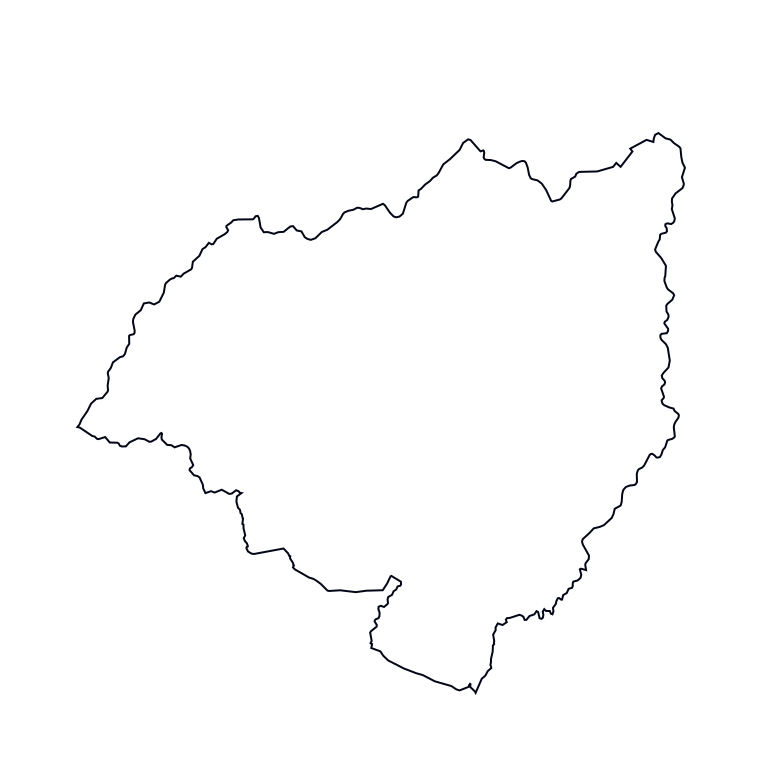 the district of Mueang Lamphun, Lamphun, Thailand, rotated 189°
{"feature_id": "78962969B31473304215935", "entity_name": "Mueang Lamphun", "entity_type": "district", "adm_level": 2, "iso_a3": "THA", "parent_name": "Thailand", "parent_adm1": "Lamphun", "projection": "natural_earth1", "projection_center": [99.055, 18.551], "detail": "fine", "context": "isolated", "style": "outline", "palette": "ink", "viewbox_px": 768, "rotation_deg": 189, "n_neighbors": 0, "source": "geoboundaries", "source_scale": "gbopen_adm2", "svg_char_len": 6139}
<svg xmlns="http://www.w3.org/2000/svg" viewBox="0 0 768 768"><g transform="rotate(189 384 384)"><path d="M356.7,125.8L355.1,125.3L355.2,121.2L345.8,119.4L342.2,115.5L336.6,111.6L320.1,106.2L307.0,103.4L300.3,102.6L287.3,98.3L270.2,96.2L264.8,93.7L261.4,93.2L253.4,97.9L252.7,98.6L253.0,99.4L252.1,101.3L251.6,101.0L251.5,98.3L246.3,94.7L245.2,93.3L241.3,108.3L238.4,111.6L236.5,116.8L233.6,120.2L235.0,123.6L234.8,125.7L235.3,129.2L234.8,136.5L235.5,142.8L234.5,144.3L235.0,145.5L234.9,147.2L237.0,153.6L235.2,158.4L235.7,161.0L234.2,165.3L229.2,164.5L225.5,168.0L226.8,170.2L226.0,171.9L222.8,172.8L214.2,177.2L211.3,176.7L209.7,175.6L208.2,173.0L206.5,173.3L204.0,177.6L199.5,180.0L197.8,183.5L196.1,182.9L193.7,177.0L191.7,176.7L190.7,177.7L190.5,178.8L190.5,181.1L191.6,183.9L190.5,186.7L188.6,185.2L184.7,185.7L183.3,183.3L181.6,182.9L181.1,186.1L182.1,189.3L179.9,193.6L179.8,196.4L178.8,199.6L177.6,200.0L175.3,198.7L174.4,198.9L174.0,203.6L170.8,206.1L169.6,210.6L166.4,212.1L166.0,213.9L166.4,217.1L166.0,218.5L162.1,220.2L159.6,223.2L159.3,226.5L161.6,231.6L160.6,232.4L155.3,231.8L156.9,236.7L156.9,238.5L154.4,243.0L154.7,246.6L162.5,256.5L163.8,259.4L163.4,261.9L157.8,268.9L154.3,274.2L148.4,276.7L144.7,279.0L138.1,287.4L137.0,291.3L136.6,296.8L131.5,300.8L131.1,301.8L130.8,304.9L131.5,312.5L131.1,316.8L129.0,320.1L125.8,322.0L120.7,323.5L119.5,324.8L118.8,326.9L120.3,334.9L119.8,338.3L119.0,339.7L115.8,342.0L114.3,344.2L110.5,355.5L109.6,356.6L108.2,357.0L105.7,355.9L103.6,354.2L102.5,354.0L100.1,355.0L99.0,357.6L98.3,362.3L96.4,365.5L95.4,372.1L94.9,373.0L90.6,375.0L88.9,376.7L88.6,377.9L91.0,386.5L91.0,389.2L90.2,392.2L87.9,396.8L87.9,399.4L88.7,400.5L92.9,402.9L94.1,405.0L98.7,405.5L103.9,406.9L105.7,408.0L106.9,410.1L107.2,411.4L105.6,413.8L105.5,415.3L109.6,423.0L109.0,425.2L107.0,427.4L106.6,429.6L107.4,431.2L109.9,433.1L111.0,435.8L109.7,438.7L105.6,444.8L105.4,451.9L109.4,464.2L111.7,467.4L116.7,470.9L118.1,472.8L118.6,474.8L118.5,475.9L117.6,477.0L112.7,478.4L111.7,480.9L112.0,483.0L116.6,487.7L116.4,489.4L114.2,491.7L113.4,495.0L114.1,497.2L116.3,499.8L117.5,505.5L116.5,507.6L112.4,512.4L111.3,517.1L112.7,518.9L118.2,521.8L119.7,523.4L123.1,529.4L123.5,532.5L123.1,534.8L124.0,544.8L129.9,551.8L136.1,557.0L137.3,559.2L135.3,567.6L134.3,569.9L134.6,574.5L133.6,575.7L129.4,577.5L128.4,579.0L129.2,582.1L131.0,584.2L131.0,585.9L129.3,587.0L125.4,586.9L123.5,588.6L122.7,590.5L122.7,593.1L127.1,601.8L127.0,605.5L128.2,609.2L128.5,612.3L125.9,617.8L119.9,624.1L119.1,627.2L119.3,629.0L122.1,634.8L120.6,644.7L123.9,649.4L125.9,654.8L128.0,663.0L129.2,664.3L135.3,667.3L139.3,670.2L144.4,670.7L152.3,674.8L155.2,672.5L155.9,668.7L155.8,665.2L162.9,666.2L177.6,655.0L175.0,652.5L184.3,635.5L189.2,638.7L191.7,634.3L206.6,627.3L224.5,624.0L226.9,621.8L227.6,618.8L231.3,615.8L231.7,614.3L231.2,608.9L231.6,606.4L237.8,595.1L239.3,593.7L246.3,590.6L247.6,591.1L254.1,600.8L259.5,606.6L264.1,609.1L270.1,609.6L271.4,610.3L273.4,613.3L276.1,620.6L278.5,624.8L280.0,626.0L282.5,625.9L284.9,624.7L287.7,622.8L292.8,617.5L294.5,616.7L308.7,621.5L313.7,621.9L318.7,621.3L320.1,622.1L321.0,623.4L321.2,628.3L321.9,629.9L322.6,630.3L324.8,628.9L325.5,629.2L336.7,638.5L339.2,638.8L343.6,634.4L345.9,627.1L354.0,616.4L359.8,610.2L363.1,600.9L364.5,598.3L367.8,595.5L370.5,591.5L374.6,587.4L378.0,582.5L380.1,580.6L379.6,574.3L380.9,573.5L384.3,573.2L389.2,568.6L390.3,566.6L392.0,555.2L394.9,551.8L397.9,550.6L400.6,550.9L404.9,554.1L411.1,560.7L413.2,561.8L424.2,554.8L429.1,554.5L432.2,553.3L435.5,554.1L438.1,553.9L441.5,551.3L446.1,549.6L449.9,547.3L451.1,545.5L453.0,540.2L455.4,536.7L464.1,527.5L469.2,524.4L474.6,517.2L478.9,514.9L482.6,515.4L485.2,516.6L489.4,521.8L494.2,522.0L498.6,525.7L501.2,524.9L506.9,518.6L512.2,517.4L516.1,515.1L522.5,515.9L526.5,515.1L530.4,519.4L533.4,528.2L535.0,530.3L537.1,529.6L538.5,526.8L539.5,526.1L553.6,523.7L558.4,522.2L560.1,519.7L564.3,515.6L564.4,514.5L562.0,511.5L562.5,509.7L564.7,507.1L571.9,501.3L574.5,495.6L576.0,495.0L579.1,496.0L581.7,491.2L584.4,488.8L586.4,481.7L591.9,474.9L591.8,468.6L592.3,467.2L599.2,461.6L601.5,458.2L606.1,458.5L608.3,455.6L609.9,455.1L611.8,453.6L615.2,449.5L615.7,447.7L615.8,439.7L618.8,430.1L623.5,426.6L628.6,427.8L633.8,426.0L635.8,418.8L640.4,413.7L641.8,409.0L641.7,406.1L638.6,397.6L638.4,395.3L639.1,394.0L642.6,392.6L643.3,391.6L641.9,383.8L643.8,379.8L644.6,373.1L646.1,370.5L648.9,369.3L655.1,363.0L656.3,357.2L658.5,352.8L658.5,351.4L656.8,346.8L656.7,339.2L655.6,334.7L655.8,333.2L660.0,326.1L665.9,324.3L670.2,318.9L672.8,310.7L677.2,301.5L678.4,296.5L680.1,293.5L677.5,293.3L664.2,287.1L661.5,286.8L658.8,284.9L657.3,284.9L651.1,288.0L645.7,283.3L638.2,284.3L636.6,283.6L635.2,281.7L633.1,281.3L629.2,282.0L626.3,286.5L618.5,291.9L611.8,292.0L606.6,290.2L604.9,290.7L600.5,294.1L597.1,300.2L596.2,300.8L595.5,300.2L595.4,296.1L594.7,294.3L588.5,289.9L584.5,290.3L580.9,288.7L574.4,292.1L571.5,292.1L568.7,291.4L566.5,289.8L565.1,287.7L563.9,284.3L563.8,280.2L559.7,274.0L560.9,271.6L562.5,270.2L562.6,268.5L557.3,264.1L553.8,263.9L551.5,262.8L547.2,256.2L546.2,252.6L543.3,248.3L538.1,251.1L534.3,250.3L527.7,254.2L519.5,251.2L517.2,252.0L513.5,255.9L511.0,255.4L509.3,254.0L507.7,254.0L511.7,249.9L511.4,244.8L508.9,239.0L506.6,237.2L505.4,233.9L504.1,233.2L502.8,229.7L502.2,229.2L502.0,223.6L500.8,223.2L500.2,219.6L497.4,212.8L498.4,209.7L496.7,207.0L494.5,205.2L493.3,203.0L493.1,202.2L494.1,201.6L494.2,200.3L492.1,197.3L488.2,195.7L485.7,195.8L457.5,205.8L452.3,201.8L450.6,199.3L449.7,199.3L449.6,197.2L445.8,192.9L445.3,191.1L444.6,190.8L445.2,188.6L442.9,186.9L427.7,181.1L423.3,180.5L420.1,179.2L415.2,176.7L407.5,171.1L405.8,171.0L395.0,173.4L379.3,174.0L369.0,177.1L353.0,180.1L349.8,187.2L347.4,195.1L346.7,195.6L336.4,191.4L335.8,188.8L336.3,187.3L338.9,186.2L339.8,182.9L342.1,180.8L343.1,177.0L346.5,174.3L346.8,171.8L345.8,168.4L346.0,167.4L349.1,163.8L352.6,164.4L354.5,163.1L354.4,160.9L352.6,157.5L352.2,154.0L352.8,151.9L355.6,150.1L356.2,148.9L356.0,147.8L353.5,145.0L353.3,143.2L358.1,137.9L358.8,136.4L356.0,128.3L356.7,125.8Z" fill="none" stroke="#020617" stroke-width="2"/></g></svg>